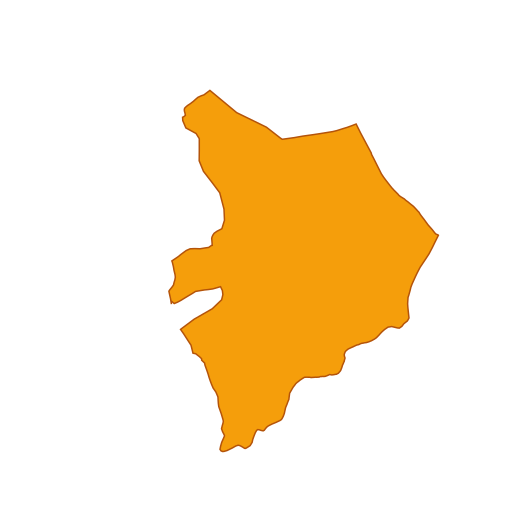 Cap Estate/Becune Point, Gros Islet, Saint Lucia, rotated 224°
{"feature_id": "8701671B82829723168564", "entity_name": "Cap Estate/Becune Point", "entity_type": "district", "adm_level": 2, "iso_a3": "LCA", "parent_name": "Saint Lucia", "parent_adm1": "Gros Islet", "projection": "robinson", "projection_center": [-60.952, 14.093], "detail": "fine", "context": "isolated", "style": "filled", "palette": "amber", "viewbox_px": 512, "rotation_deg": 224, "n_neighbors": 0, "source": "geoboundaries", "source_scale": "gbopen_adm2", "svg_char_len": 4160}
<svg xmlns="http://www.w3.org/2000/svg" viewBox="0 0 512 512"><g transform="rotate(224 256 256)"><path d="M405.2,304.8L402.7,302.5L395.4,299.4L392.6,300.2L384.2,302.5L378.3,301.0L369.8,292.2L363.0,285.0L352.6,280.4L338.2,278.3L326.0,276.3L311.6,267.5L303.5,259.8L299.5,251.9L301.3,246.6L301.9,243.3L301.6,241.4L301.0,239.5L300.2,238.0L294.9,233.3L295.3,232.9L296.0,229.3L298.4,226.2L301.3,222.3L305.3,218.7L308.4,215.4L310.0,211.5L310.6,208.1L311.1,205.0L311.6,201.0L313.1,194.0L311.7,193.3L308.1,191.0L305.1,188.8L301.2,186.3L299.3,184.7L297.9,182.7L296.5,180.0L295.2,177.8L294.8,175.1L294.5,171.5L294.2,170.2L292.5,169.0L287.8,165.9L283.4,162.6L286.0,164.7L281.8,165.0L280.4,168.2L279.2,171.9L277.9,177.0L276.8,181.1L275.7,185.1L274.9,188.5L269.5,195.8L267.2,198.5L264.3,202.2L263.0,204.4L260.2,209.3L256.2,207.8L253.0,205.2L250.3,200.6L250.8,187.7L256.6,167.6L259.3,150.8L254.1,149.8L247.3,148.2L240.8,146.7L233.8,142.3L231.5,143.8L226.8,144.3L223.8,144.3L222.7,143.3L218.7,143.3L216.8,142.0L212.1,139.7L208.8,138.0L205.5,136.1L202.4,134.5L198.8,132.8L195.0,131.2L190.4,130.3L185.5,128.2L182.9,125.8L180.7,123.8L178.2,121.8L174.6,120.0L171.6,118.5L168.4,116.7L165.8,115.2L164.8,114.5L164.2,113.7L163.6,112.8L162.4,110.5L160.8,107.8L158.2,106.5L156.5,105.9L154.2,105.1L153.5,104.3L152.9,102.7L151.2,98.1L149.4,94.7L147.6,91.9L145.8,91.5L144.3,92.1L143.4,93.0L141.7,95.9L139.7,101.4L138.6,105.2L137.4,107.5L136.7,107.9L135.7,108.5L133.1,109.2L130.6,109.7L129.8,110.4L129.2,112.5L128.5,115.5L129.3,119.2L130.9,121.8L132.4,125.1L133.7,128.3L134.4,130.9L134.2,132.3L133.0,133.2L131.1,134.1L129.4,135.2L129.0,136.4L129.2,137.9L129.4,140.2L129.1,142.4L127.8,146.1L126.1,150.0L124.5,154.2L124.1,156.1L124.5,157.9L125.1,159.8L126.3,162.5L127.8,164.9L129.4,167.5L130.7,170.8L131.8,173.2L132.8,175.8L134.0,177.3L135.1,178.8L136.5,180.7L138.0,186.7L138.2,187.6L138.4,189.8L138.7,191.7L138.6,193.7L138.3,195.3L138.1,197.3L137.5,200.0L136.9,202.4L135.6,203.8L132.9,206.3L132.4,206.5L131.6,207.2L131.0,207.9L130.0,209.0L128.8,210.4L128.0,211.0L127.4,211.8L126.5,212.7L126.0,213.9L125.0,214.9L124.2,215.9L123.6,216.3L122.6,217.5L121.9,218.9L121.3,220.3L120.7,221.9L119.0,223.0L118.1,224.0L117.3,225.1L116.7,226.0L116.0,226.8L115.6,228.1L115.3,228.9L115.5,232.0L115.7,232.8L116.1,233.7L116.5,234.7L116.7,235.2L118.0,237.7L118.4,239.0L119.0,240.4L119.4,241.6L120.1,242.6L120.6,243.6L121.0,244.3L121.8,244.9L122.4,245.1L123.1,245.6L123.6,246.0L124.2,246.6L124.4,247.0L124.7,247.7L125.2,248.8L125.4,250.0L125.3,250.9L125.2,252.2L125.0,253.4L122.1,260.8L121.7,261.9L121.2,262.6L120.5,263.7L120.0,265.2L119.7,265.9L119.3,266.6L118.8,267.3L118.3,267.9L117.9,268.6L117.2,269.5L116.6,270.2L116.3,270.7L115.3,272.5L114.9,273.3L114.5,274.4L114.2,274.9L113.9,275.8L113.6,276.8L113.3,277.8L113.0,278.7L112.9,279.4L112.7,280.2L112.6,281.6L112.6,282.9L112.6,283.7L112.6,285.1L112.7,286.4L112.7,287.2L112.7,289.3L112.6,290.6L112.5,291.6L112.5,292.3L112.3,293.2L112.1,294.2L111.6,296.6L110.5,298.0L109.4,299.5L108.4,300.1L104.3,302.5L102.8,303.7L102.2,306.7L102.6,310.0L102.0,314.4L102.5,316.4L102.9,317.7L106.4,320.6L110.7,324.2L113.7,326.9L115.5,329.0L117.0,330.8L117.8,331.7L118.9,334.0L121.4,338.6L122.9,341.1L124.4,344.6L125.5,347.7L127.0,351.9L128.1,355.2L129.0,358.1L130.1,361.9L132.1,372.9L133.0,377.6L135.0,384.5L136.7,389.7L139.2,397.6L139.9,397.6L141.6,396.8L143.3,396.8L147.6,397.4L153.9,397.9L161.3,399.2L163.0,399.4L165.6,399.8L167.5,400.2L169.2,400.7L170.6,400.7L173.1,400.9L177.2,401.1L179.2,400.9L181.1,400.7L184.2,400.5L187.0,400.1L188.9,400.1L193.4,399.1L195.4,398.9L196.7,399.1L201.4,399.2L202.8,399.2L203.6,399.3L205.8,399.4L208.8,399.8L215.1,400.7L218.8,401.3L222.9,402.2L239.1,407.9L243.3,409.3L244.8,410.2L266.1,417.1L275.7,420.5L277.4,416.7L279.8,411.8L281.6,408.6L285.0,402.3L287.3,398.7L295.1,388.3L299.7,382.3L305.5,374.9L309.0,370.1L310.5,368.0L318.2,358.2L320.2,357.8L338.0,355.9L369.5,345.7L404.2,343.1L404.8,339.4L405.4,335.7L406.7,333.2L408.0,329.8L408.3,326.8L408.5,323.6L409.2,319.3L409.8,316.7L410.0,314.7L410.0,312.7L409.1,311.3L407.7,310.2L406.7,309.7L404.5,308.1L404.7,306.1L405.2,304.8Z" fill="#f59e0b" stroke="#b45309" stroke-width="1.5"/></g></svg>